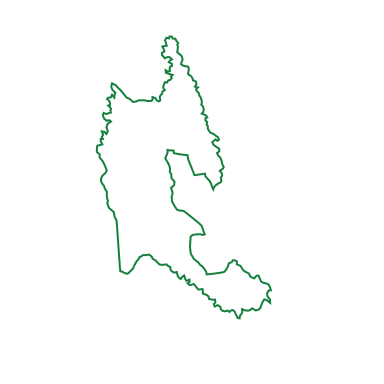 the district of Marialva, Paraná, Brazil, rotated 130°
{"feature_id": "56859067B62732144056511", "entity_name": "Marialva", "entity_type": "district", "adm_level": 2, "iso_a3": "BRA", "parent_name": "Brazil", "parent_adm1": "Paraná", "projection": "natural_earth1", "projection_center": [-51.888, -23.498], "detail": "fine", "context": "isolated", "style": "outline", "palette": "green", "viewbox_px": 384, "rotation_deg": 130, "n_neighbors": 0, "source": "geoboundaries", "source_scale": "gbopen_adm2", "svg_char_len": 4857}
<svg xmlns="http://www.w3.org/2000/svg" viewBox="0 0 384 384"><g transform="rotate(130 192 192)"><path d="M216.5,68.4L214.5,71.7L213.6,74.0L214.5,76.8L215.8,79.1L216.1,81.4L214.9,84.2L213.2,87.2L214.8,88.8L218.2,88.8L219.3,92.7L217.9,96.2L218.6,99.0L219.1,102.3L217.4,107.4L218.6,111.0L216.3,113.1L216.7,115.2L218.1,116.8L220.2,116.5L222.9,117.9L226.6,116.5L229.4,115.9L232.2,115.9L233.9,116.9L236.9,119.5L240.7,123.0L245.7,127.7L244.0,129.8L242.8,133.9L242.4,136.3L242.6,139.1L241.9,141.7L242.1,147.7L241.2,150.0L240.0,153.3L235.5,158.1L227.2,164.3L224.5,164.0L222.7,162.4L220.3,160.0L218.9,158.3L217.9,156.1L216.3,155.0L214.5,158.3L212.9,160.8L211.7,162.8L211.4,167.8L211.6,179.8L211.7,182.9L211.9,186.1L212.9,188.1L214.2,189.5L215.2,192.2L213.6,197.4L211.8,201.6L209.7,203.5L208.4,204.8L206.7,205.3L204.7,206.7L202.3,210.7L198.2,210.1L195.3,212.1L194.7,216.5L191.6,219.5L190.8,222.0L188.8,223.3L186.9,225.5L185.2,228.9L184.3,231.6L183.3,234.2L180.6,235.0L177.0,236.3L175.7,237.8L174.0,235.3L172.1,232.7L173.9,230.9L171.0,225.6L166.7,219.1L169.5,215.8L177.5,200.9L169.6,193.8L171.3,191.9L171.7,189.4L172.3,185.4L173.3,182.8L174.8,180.6L176.3,177.4L174.2,178.2L172.4,178.2L170.6,177.9L168.5,177.3L166.4,176.3L164.5,176.6L162.4,179.2L160.1,179.4L158.4,181.3L158.0,184.2L156.0,183.9L154.2,183.2L152.4,183.8L151.3,186.6L149.2,189.2L147.4,192.5L147.4,195.0L146.1,197.9L143.4,197.2L141.4,199.0L141.9,203.3L142.0,206.0L140.8,208.5L138.6,208.1L136.6,207.8L136.5,205.4L134.5,205.0L133.3,207.4L133.7,209.8L133.6,212.7L134.7,215.7L134.2,218.3L133.2,220.8L131.4,222.1L131.0,224.3L128.7,225.2L128.4,227.9L126.7,229.2L125.1,228.3L124.3,230.3L124.9,232.4L125.7,234.9L123.3,234.9L121.1,236.1L119.5,238.3L119.1,241.1L116.9,242.0L115.3,244.0L114.1,245.8L113.3,248.6L111.8,250.5L111.7,252.8L110.7,254.9L108.1,254.7L109.4,257.5L106.4,258.0L104.9,260.1L105.8,263.1L104.6,264.6L103.9,266.8L104.2,270.9L101.9,272.2L99.5,273.8L98.4,275.7L100.0,278.0L100.9,280.3L101.2,282.5L99.4,283.5L97.5,283.8L95.7,285.3L94.4,287.7L94.4,290.8L94.4,293.2L91.8,294.8L90.1,295.8L88.7,297.9L86.7,298.5L86.3,301.0L85.3,303.4L86.9,305.4L86.0,307.4L87.3,309.2L89.2,308.4L90.2,310.7L93.1,310.2L94.8,307.4L96.2,305.4L98.2,307.1L99.7,308.2L100.5,305.8L102.2,303.5L104.7,304.4L106.4,303.1L106.6,301.0L107.1,298.9L104.6,297.6L103.1,295.9L103.3,292.6L105.4,293.4L107.5,293.2L106.7,289.9L108.3,288.4L110.2,289.4L112.0,288.3L113.6,286.6L115.4,288.2L115.6,290.4L117.4,288.7L116.3,285.6L114.8,282.1L117.0,282.4L117.9,280.7L120.2,280.7L121.7,281.9L124.2,281.5L125.3,283.4L127.2,282.7L129.7,281.9L131.0,280.4L131.4,278.3L134.1,279.2L135.9,278.0L137.7,278.3L139.9,277.8L142.2,275.2L144.0,275.7L144.4,277.9L143.6,280.6L144.7,283.3L146.3,281.7L148.2,281.5L149.4,283.0L151.1,284.7L152.2,287.2L153.8,289.0L155.0,290.7L156.6,292.1L158.6,293.0L161.0,295.1L160.8,297.5L160.8,299.9L161.7,302.8L160.7,307.9L159.9,312.3L159.8,315.2L159.2,318.7L160.1,323.1L163.2,321.6L164.9,318.7L165.2,314.5L167.7,313.6L169.6,312.3L168.9,315.8L171.7,315.0L173.6,316.8L175.3,316.9L175.5,313.8L176.6,311.9L178.0,310.8L179.7,311.8L179.7,309.3L180.4,307.3L182.1,306.9L183.4,305.2L185.4,306.7L187.4,307.7L188.2,310.5L190.4,309.7L192.3,306.6L192.1,302.8L190.2,301.6L190.1,299.4L192.0,299.9L194.5,300.3L197.5,299.1L198.6,297.0L199.9,295.5L202.6,294.9L202.2,297.7L203.5,300.0L205.3,296.9L207.7,296.5L208.7,294.4L210.0,296.0L211.7,294.6L213.2,291.3L215.2,292.7L217.4,294.3L220.3,292.5L222.5,290.6L222.5,286.9L225.0,284.9L225.6,280.8L226.7,278.0L228.7,274.0L230.3,271.2L232.6,270.6L234.6,270.7L236.8,271.1L240.1,270.4L242.1,268.7L243.3,266.2L243.9,263.3L245.6,260.6L246.4,257.5L249.1,255.3L251.7,252.5L253.0,250.5L255.0,249.8L257.5,245.5L257.7,239.0L260.9,235.1L262.3,231.5L271.2,222.8L289.8,204.9L292.9,201.8L294.8,200.1L296.3,198.5L298.7,196.2L297.8,193.8L297.5,191.7L296.0,188.7L291.4,188.2L288.3,188.0L286.3,188.7L283.3,189.4L280.5,189.9L278.1,189.8L275.6,190.3L273.9,189.5L271.9,189.0L269.8,186.6L267.6,184.7L267.3,181.3L268.5,179.2L267.8,176.1L268.2,173.6L268.4,170.3L266.8,167.6L265.1,166.3L263.8,164.7L264.1,162.6L263.4,160.5L265.0,158.9L265.8,156.7L265.2,153.7L263.1,152.2L264.9,149.9L266.0,147.7L266.0,144.8L263.2,145.0L261.0,144.3L263.0,141.1L263.7,139.2L260.8,137.6L262.6,136.1L264.7,136.7L264.8,133.8L261.3,131.5L262.1,127.5L262.7,124.5L261.2,123.0L259.6,121.5L261.1,119.7L262.8,118.6L261.4,114.4L261.4,112.2L263.0,110.2L261.4,107.1L259.6,105.2L261.6,103.1L263.9,103.2L265.1,100.9L262.1,99.6L261.7,96.2L263.2,94.9L263.4,92.1L262.1,89.9L259.9,88.4L259.9,86.3L257.6,86.0L256.2,84.8L256.2,82.5L257.2,80.5L258.2,78.1L259.2,76.0L258.1,74.3L256.2,75.7L253.6,75.7L251.3,76.5L249.6,78.3L248.6,75.5L247.7,73.8L246.0,72.0L244.2,71.4L242.4,71.2L241.8,67.0L239.2,65.4L237.2,65.0L233.7,66.3L231.0,67.2L227.9,67.6L226.8,65.7L226.7,60.9L224.2,63.3L223.2,67.5L221.3,69.4L218.4,69.9L216.5,68.4Z" fill="none" stroke="#15803d" stroke-width="2"/></g></svg>